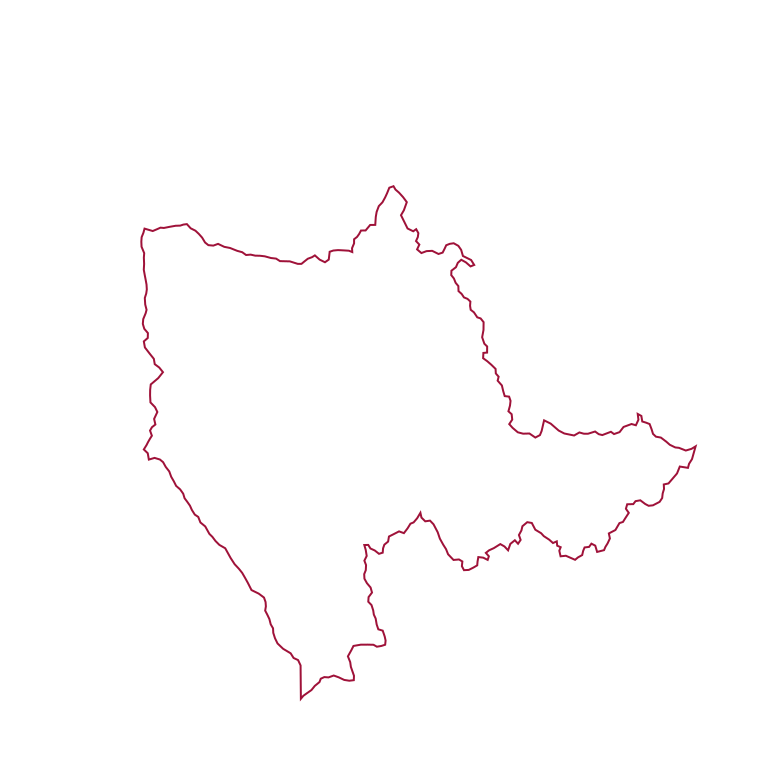 outline of São José dos Pinhais, Paraná, Brazil, rotated 331°
{"feature_id": "56859067B24431474585415", "entity_name": "São José dos Pinhais", "entity_type": "district", "adm_level": 2, "iso_a3": "BRA", "parent_name": "Brazil", "parent_adm1": "Paraná", "projection": "natural_earth1", "projection_center": [-49.071, -25.647], "detail": "fine", "context": "isolated", "style": "outline", "palette": "rose", "viewbox_px": 768, "rotation_deg": 331, "n_neighbors": 0, "source": "geoboundaries", "source_scale": "gbopen_adm2", "svg_char_len": 5254}
<svg xmlns="http://www.w3.org/2000/svg" viewBox="0 0 768 768"><g transform="rotate(331 384 384)"><path d="M141.7,336.1L147.5,337.4L151.4,341.4L152.9,345.3L152.9,350.7L153.8,356.4L152.9,362.0L153.0,367.1L152.8,372.4L154.6,377.3L155.2,382.6L154.2,387.2L154.8,391.6L155.3,396.3L154.9,401.0L155.2,406.5L157.1,410.2L156.3,416.1L158.6,421.9L158.6,430.4L159.8,434.5L160.5,439.6L162.0,444.9L165.5,450.7L165.5,461.8L166.0,469.2L167.5,475.2L168.4,480.5L168.5,486.5L168.5,491.9L168.2,500.0L172.8,506.6L175.5,512.6L174.7,517.3L172.9,521.2L170.2,524.6L170.1,529.0L169.8,534.0L168.4,539.3L168.5,543.9L166.5,548.0L165.4,553.5L165.1,559.3L167.4,566.7L171.8,574.3L172.1,579.8L175.0,583.8L174.6,589.7L158.7,619.0L162.3,617.6L166.6,617.1L172.2,616.5L177.1,614.5L183.1,613.4L185.8,611.1L189.7,611.4L193.2,613.7L198.7,614.6L202.2,618.6L205.7,623.5L209.8,626.7L214.0,628.4L216.3,624.6L217.9,615.3L219.6,610.9L220.4,604.7L226.5,600.9L230.3,598.3L237.2,600.7L243.3,604.0L248.4,607.0L250.4,610.3L254.6,611.8L258.6,612.6L261.0,609.2L262.2,605.2L263.3,599.1L260.1,595.8L261.0,590.8L263.0,585.1L263.3,580.8L264.8,576.8L265.9,571.3L264.7,566.8L267.2,562.9L272.4,560.6L273.6,555.5L272.5,549.9L272.5,544.8L274.5,540.7L277.8,538.0L280.5,533.7L281.2,529.0L285.5,526.0L287.6,520.2L288.7,515.3L292.2,517.1L292.4,521.3L295.2,525.1L297.3,530.1L301.1,530.9L303.5,527.3L306.4,524.7L311.2,523.8L314.4,519.8L319.2,520.0L325.7,520.2L329.1,524.1L334.6,521.7L339.4,519.0L342.8,519.4L347.9,517.5L353.4,514.3L352.0,519.0L353.5,524.1L358.0,525.8L359.3,530.7L359.1,539.7L357.9,546.3L357.9,553.3L358.2,558.5L357.5,564.0L359.5,571.6L364.5,573.8L366.5,577.2L363.8,581.1L363.7,585.6L368.0,587.7L373.1,587.9L377.6,587.8L379.7,584.7L382.6,581.1L386.6,584.0L389.4,588.1L392.2,585.5L391.2,581.1L395.3,580.4L400.5,580.8L408.1,580.4L410.6,584.5L411.9,589.6L417.0,585.1L422.7,584.1L423.8,588.7L427.9,586.6L428.8,581.5L433.2,578.7L436.1,575.5L442.3,574.3L445.9,577.2L445.7,584.8L449.1,590.7L450.0,594.5L453.0,600.2L454.7,605.0L458.8,605.4L457.1,609.4L459.4,612.4L456.5,614.8L454.9,620.3L459.8,622.4L465.9,630.4L469.6,629.7L474.4,629.7L477.3,626.5L480.2,624.2L484.4,625.9L488.0,624.2L490.4,627.8L489.0,634.2L495.9,636.0L498.7,633.8L502.3,631.8L506.7,628.6L508.2,623.7L515.6,623.9L522.5,619.8L526.1,620.5L530.1,618.3L535.6,615.4L535.1,610.4L538.4,607.1L543.8,609.9L547.2,608.4L551.8,610.0L554.3,615.6L556.4,618.8L560.4,620.5L567.9,620.7L572.0,618.6L574.7,614.8L578.0,611.6L580.0,607.5L584.6,608.9L596.9,604.3L602.7,599.6L609.2,604.7L612.1,601.7L617.0,599.0L626.3,589.6L621.5,589.8L615.7,588.5L611.0,582.8L608.0,580.7L604.5,575.7L603.0,571.5L600.2,565.1L596.3,561.9L595.1,558.0L596.1,553.3L596.9,547.8L594.4,544.8L591.7,542.0L593.6,536.7L591.4,533.2L589.2,538.6L584.3,542.2L581.1,539.0L572.7,537.7L566.7,540.3L560.9,539.3L559.3,535.8L550.2,534.5L547.5,532.0L545.6,527.9L538.3,526.4L534.6,524.3L531.4,521.1L525.3,521.2L517.7,514.7L514.2,509.4L510.6,499.5L506.4,493.4L499.1,501.5L495.6,504.3L490.4,504.2L487.2,497.8L481.6,494.9L477.6,491.1L475.2,484.7L474.1,479.8L478.9,477.3L481.0,472.3L479.6,468.2L483.7,464.0L486.5,460.1L487.3,455.7L483.7,453.1L484.8,448.1L486.4,442.4L485.0,436.2L487.8,433.2L486.9,429.0L488.9,424.9L487.2,419.2L485.3,414.0L483.2,409.5L486.0,405.0L489.4,406.5L492.4,401.2L491.3,397.4L492.5,390.7L497.2,385.0L501.1,378.2L500.3,373.5L497.9,370.9L497.4,364.9L495.8,361.1L497.2,357.3L499.5,353.8L498.3,350.0L495.9,347.0L495.6,343.0L494.2,338.9L496.5,334.4L495.7,330.2L496.3,325.6L495.6,321.4L497.9,317.6L503.6,316.7L507.3,313.8L511.8,312.8L514.6,317.3L516.7,323.1L520.6,323.6L520.3,317.8L515.1,310.3L516.5,304.1L516.0,299.2L513.2,294.7L509.5,293.3L505.7,292.8L502.7,295.0L499.0,297.5L494.7,296.7L490.7,290.9L485.6,288.4L480.2,287.6L478.2,282.3L482.5,279.2L481.3,274.5L484.8,271.9L487.2,268.7L487.2,264.2L483.6,264.6L480.0,259.4L480.3,253.2L480.7,244.6L485.6,241.7L492.1,236.0L491.3,229.9L489.9,223.9L488.3,219.5L488.2,215.6L483.8,214.9L479.1,218.7L475.4,221.4L470.8,224.3L465.7,225.9L461.0,229.9L457.8,233.9L453.5,240.6L449.0,238.2L442.3,240.8L438.3,238.6L434.9,240.8L431.7,242.3L428.0,242.9L426.0,246.5L421.9,249.7L420.2,253.2L417.9,250.4L412.9,247.2L408.7,244.6L404.4,242.7L400.6,242.0L396.0,248.4L391.4,248.9L388.0,244.0L385.9,238.0L382.6,238.2L378.1,237.5L373.9,238.2L370.1,238.9L366.9,237.2L361.1,231.1L352.6,226.1L350.4,222.0L346.2,219.0L341.6,214.5L337.4,211.5L333.7,209.4L330.1,206.2L325.9,204.3L323.9,200.0L320.2,196.4L317.9,193.6L315.3,190.4L310.8,186.6L306.8,181.0L301.8,180.2L297.7,177.4L296.1,173.5L295.9,167.8L294.8,162.9L293.4,158.5L290.4,154.1L289.1,148.6L285.8,147.3L282.6,146.7L278.5,144.6L273.0,142.7L267.1,140.8L264.3,138.9L260.7,138.6L255.9,138.1L249.9,132.0L246.9,135.1L243.2,138.1L240.8,141.8L238.5,146.4L237.7,153.3L235.2,157.1L232.4,162.7L229.3,167.6L227.5,172.9L226.1,177.2L224.5,181.9L222.4,186.3L219.9,189.6L216.5,192.8L213.7,198.7L212.3,204.0L209.8,206.6L204.9,210.5L202.2,214.5L201.1,219.5L202.2,225.0L199.7,229.2L194.6,230.3L192.6,236.1L193.9,244.6L194.9,250.4L193.1,255.5L195.4,260.6L196.4,266.5L189.4,269.4L179.8,271.3L176.6,275.8L173.8,280.7L170.8,286.9L172.5,293.2L172.2,298.6L166.0,303.1L164.4,308.6L160.1,309.3L156.8,311.3L155.9,316.7L152.8,318.4L149.5,320.4L146.7,322.3L142.2,324.8L143.8,330.0L141.7,336.1Z" fill="none" stroke="#9f1239" stroke-width="2"/></g></svg>